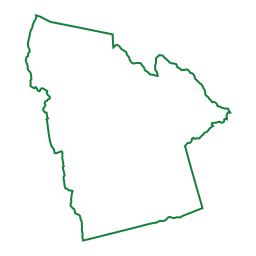 the district of Morpará, Bahia, Brazil
{"feature_id": "56859067B97769813670820", "entity_name": "Morpará", "entity_type": "district", "adm_level": 2, "iso_a3": "BRA", "parent_name": "Brazil", "parent_adm1": "Bahia", "projection": "robinson", "projection_center": [-43.039, -11.751], "detail": "fine", "context": "isolated", "style": "outline", "palette": "green", "viewbox_px": 256, "rotation_deg": 0, "n_neighbors": 0, "source": "geoboundaries", "source_scale": "gbopen_adm2", "svg_char_len": 4049}
<svg xmlns="http://www.w3.org/2000/svg" viewBox="0 0 256 256"><path d="M29.0,48.2L29.5,49.4L29.7,50.6L29.6,52.0L28.2,53.2L28.0,54.6L28.0,56.2L26.5,57.1L26.1,58.6L25.7,59.9L25.9,61.1L26.4,62.6L27.1,64.2L27.6,65.7L27.8,67.4L27.6,68.8L28.3,70.3L29.2,71.0L30.3,72.4L30.9,74.1L31.1,75.9L31.3,77.4L31.3,79.4L30.5,80.3L30.4,81.8L30.8,83.1L30.3,85.7L31.7,86.9L33.1,87.7L34.6,88.2L35.4,87.1L36.5,88.0L37.5,89.8L38.4,91.1L39.8,91.1L40.3,89.8L41.6,88.3L43.5,88.6L44.3,89.2L45.7,90.2L46.7,90.5L47.3,91.5L46.7,92.8L47.6,94.7L48.4,95.7L49.7,96.5L49.8,98.6L48.1,99.3L46.8,100.9L45.3,101.4L44.6,103.0L45.4,105.3L44.6,106.9L43.2,108.5L43.1,109.8L44.0,111.2L45.0,112.4L46.6,112.7L46.8,114.2L47.1,116.8L48.0,118.5L46.5,119.3L47.1,120.6L47.4,123.6L47.7,125.9L47.9,127.6L48.1,129.4L48.5,131.2L48.6,132.6L48.7,134.1L49.1,135.9L49.3,137.7L49.7,139.4L50.1,141.6L50.8,144.1L51.5,146.0L52.8,148.0L53.9,149.3L54.2,150.9L54.7,153.0L56.0,153.3L58.1,152.5L59.6,152.0L60.9,151.3L62.2,151.8L62.4,153.5L62.4,154.8L62.4,156.5L62.2,157.9L62.5,159.2L62.8,161.0L63.3,163.1L63.2,164.7L63.8,166.2L62.8,167.5L63.2,169.3L63.6,170.7L63.9,172.2L64.3,173.8L64.6,175.4L63.6,176.9L63.6,178.5L63.9,180.2L64.2,182.0L64.4,183.9L64.6,185.9L65.1,187.5L65.7,188.7L67.2,188.7L68.4,190.1L69.4,190.6L70.8,190.4L72.7,191.1L72.0,192.9L71.7,194.3L71.5,196.9L71.2,198.6L71.1,200.3L71.4,201.7L70.8,202.9L70.6,204.2L70.6,205.7L71.7,207.0L72.7,208.3L73.8,208.7L74.7,210.5L75.1,213.1L76.3,213.8L77.3,214.2L78.4,214.6L79.8,215.8L80.5,217.9L80.7,220.2L81.8,221.5L81.8,223.2L81.8,225.1L82.0,226.8L81.9,228.4L81.9,230.1L82.1,232.1L82.6,233.6L82.6,234.9L82.3,236.5L82.5,238.0L83.0,239.4L83.1,240.6L141.0,226.1L143.4,225.4L148.6,224.1L154.3,222.8L155.9,222.8L157.6,221.9L158.8,221.4L160.2,220.7L161.4,220.9L162.7,221.1L164.2,220.8L165.8,219.9L167.3,218.4L168.5,217.3L169.9,216.9L171.8,217.7L174.0,218.0L175.3,217.9L176.3,217.4L177.4,217.2L178.7,217.4L180.6,217.3L182.4,216.0L202.5,208.1L191.2,168.6L185.0,146.0L185.8,145.2L186.9,143.8L188.0,142.9L189.3,143.0L190.6,142.4L191.7,140.8L191.9,138.9L193.2,137.8L194.6,138.9L196.1,138.4L197.7,138.4L199.4,138.4L200.7,136.7L202.1,135.5L203.3,134.6L204.0,133.1L205.0,132.5L206.4,132.1L207.6,131.2L208.6,129.9L209.5,128.6L210.6,127.7L211.7,126.8L213.1,126.0L212.4,125.1L211.6,124.2L212.3,122.9L214.2,122.8L216.2,122.7L218.1,122.0L219.8,121.7L220.6,122.5L222.1,122.7L223.5,122.1L224.3,121.0L224.2,119.4L225.7,118.7L226.9,119.3L226.9,118.0L226.4,116.6L226.8,115.2L227.2,113.7L228.0,112.5L229.2,112.8L230.3,112.6L229.0,110.6L228.1,108.7L226.4,108.6L225.2,108.6L223.4,108.1L221.7,107.7L220.2,106.7L218.8,106.4L217.5,106.1L217.0,104.4L216.2,103.2L215.3,102.5L213.7,101.9L212.1,102.2L211.0,100.7L210.3,99.7L209.2,98.9L208.3,97.1L206.7,96.0L205.7,95.3L205.2,93.3L205.0,91.5L204.5,89.7L203.4,88.0L202.4,85.7L201.6,84.5L200.4,83.7L199.1,82.6L197.8,81.2L196.5,80.0L195.0,78.7L194.7,76.9L194.1,75.4L193.3,74.2L192.4,73.4L191.1,73.1L190.1,72.7L189.4,71.5L188.5,70.4L187.3,69.5L185.8,69.6L184.7,69.8L182.8,70.0L181.4,70.0L180.4,69.0L179.5,68.2L178.4,67.8L177.4,67.4L177.0,65.9L176.2,64.1L174.6,63.8L173.5,63.3L172.4,63.5L170.9,63.0L169.3,62.4L168.6,61.1L167.6,60.5L166.4,59.2L165.6,58.3L164.5,57.9L163.7,56.6L162.7,55.6L159.2,55.1L158.2,56.3L157.2,57.0L156.0,58.3L156.0,60.1L156.1,61.9L155.6,64.2L155.1,65.7L155.1,67.2L155.2,68.9L155.6,70.4L156.4,71.5L157.2,72.5L157.4,74.0L157.6,75.9L156.0,75.6L154.9,75.4L153.8,74.9L152.5,74.7L151.0,74.6L149.5,74.2L148.6,72.8L147.7,72.1L146.6,71.3L145.4,70.7L144.7,69.6L144.3,68.4L143.7,67.0L142.4,65.7L141.6,64.7L140.9,63.4L139.5,63.0L138.4,63.1L136.7,62.9L135.3,63.2L133.2,63.5L132.0,62.9L130.9,61.6L129.6,59.7L129.4,58.2L128.5,56.4L127.3,55.4L126.7,54.1L126.4,52.3L124.8,51.1L123.2,50.2L121.7,49.3L120.7,48.2L119.8,46.6L118.6,45.7L117.4,44.9L115.3,45.4L114.4,46.6L113.3,47.5L112.6,34.4L76.8,27.1L50.4,21.9L39.9,16.5L35.9,15.4L36.3,17.1L35.6,19.3L34.2,21.5L33.7,22.7L32.8,24.3L32.6,26.6L31.7,28.7L30.6,30.9L29.9,33.5L29.7,35.4L29.2,37.4L28.4,40.8L28.1,42.1L27.9,43.5L28.0,45.1L28.4,47.2L29.0,48.2Z" fill="none" stroke="#15803d" stroke-width="2"/></svg>